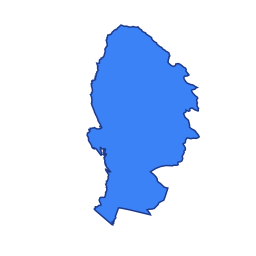 Grýtubakkahreppur, Norðurland eystra, Iceland (Robinson projection), rotated 37°
{"feature_id": "244011B60639573794911", "entity_name": "Grýtubakkahreppur", "entity_type": "district", "adm_level": 2, "iso_a3": "ISL", "parent_name": "Iceland", "parent_adm1": "Norðurland eystra", "projection": "robinson", "projection_center": [-18.134, 65.987], "detail": "fine", "context": "isolated", "style": "filled", "palette": "blue", "viewbox_px": 256, "rotation_deg": 37, "n_neighbors": 0, "source": "geoboundaries", "source_scale": "gbopen_adm2", "svg_char_len": 5797}
<svg xmlns="http://www.w3.org/2000/svg" viewBox="0 0 256 256"><g transform="rotate(37 128 128)"><path d="M151.1,213.4L173.4,214.8L174.2,214.5L173.9,213.8L173.3,213.5L173.3,213.3L173.5,213.0L173.2,213.0L173.4,212.8L172.7,212.7L172.9,212.6L172.7,212.6L172.6,212.2L172.4,212.2L172.9,212.0L173.0,211.8L172.8,211.7L173.1,211.6L173.0,211.3L173.0,210.7L172.4,210.2L172.2,209.6L172.4,207.8L172.2,207.0L171.1,206.1L168.5,197.5L170.5,196.2L177.6,192.8L198.2,183.8L196.5,182.9L192.4,181.9L193.7,180.2L195.9,178.3L197.3,176.6L198.1,171.1L197.7,170.0L197.8,168.6L200.0,164.1L199.2,161.2L196.0,152.0L193.3,153.2L191.9,153.4L187.2,152.8L185.0,153.0L183.2,152.5L181.8,151.0L179.7,150.2L176.9,149.7L172.2,149.5L174.5,143.6L177.2,139.2L180.8,135.2L186.4,131.3L186.9,130.1L188.9,128.8L189.6,128.1L190.1,127.2L189.9,126.8L188.6,125.7L188.5,125.3L188.8,124.7L190.1,123.6L190.8,121.9L190.5,120.5L190.1,119.6L189.5,118.8L188.5,118.4L188.3,117.8L187.7,114.0L186.9,113.2L186.6,112.6L186.9,111.1L186.7,110.5L185.9,109.6L185.0,109.0L181.6,107.7L181.4,107.4L182.5,105.6L182.5,105.1L181.2,102.8L181.1,100.8L181.1,100.4L181.5,100.1L184.7,98.7L186.1,97.0L189.0,95.0L189.7,93.7L190.2,92.2L188.3,91.3L183.5,90.0L182.5,89.9L178.6,90.5L176.4,90.2L176.1,89.4L175.5,88.7L171.6,85.5L167.0,85.1L163.7,83.0L163.6,82.7L164.3,81.1L164.5,80.1L164.4,79.8L163.5,78.8L166.4,78.1L167.0,76.9L166.0,75.9L165.9,75.3L166.0,74.9L167.1,73.5L170.6,73.2L173.6,72.3L173.8,72.0L173.6,71.7L172.5,70.5L172.6,70.0L170.1,69.0L169.6,68.6L169.0,67.6L168.3,67.1L168.4,66.2L167.4,65.7L166.2,64.7L165.7,63.5L165.8,62.4L165.0,61.7L161.8,61.7L158.3,61.0L156.4,60.1L156.0,59.6L156.3,58.8L158.0,56.9L158.1,56.5L158.0,55.5L158.9,54.0L156.7,54.4L153.8,54.6L151.8,55.6L148.5,56.5L146.9,56.4L144.3,55.6L142.6,54.6L142.0,53.6L142.2,52.3L143.5,51.3L144.1,50.5L144.2,50.0L144.8,49.4L144.6,49.0L144.2,49.2L143.7,49.0L143.8,48.6L140.0,47.7L139.7,47.4L139.5,46.5L138.7,45.9L137.7,45.6L135.5,46.0L133.7,45.7L130.4,45.9L128.8,46.7L128.5,47.0L128.5,47.4L127.7,47.9L127.8,48.6L128.1,49.1L128.1,50.1L127.9,50.6L126.7,51.7L125.5,52.0L122.8,52.0L121.1,51.7L120.1,51.2L119.9,50.3L119.0,49.2L119.0,48.5L118.7,47.6L118.1,47.2L118.2,46.8L117.9,46.5L118.1,45.5L117.6,44.9L116.7,44.6L116.0,43.8L115.5,43.5L113.7,43.5L112.7,43.8L110.0,43.7L108.5,44.0L106.8,43.5L105.6,43.5L104.5,43.9L100.5,43.6L99.5,42.8L98.1,43.1L95.5,43.1L93.9,42.8L93.0,42.3L92.8,41.8L92.1,41.6L86.7,42.0L85.3,41.9L84.9,41.5L84.0,41.6L82.6,42.1L81.2,42.1L80.2,41.9L79.8,41.5L78.3,41.7L76.6,41.6L75.4,41.2L74.7,41.6L74.7,42.0L73.3,43.0L70.9,43.9L70.4,44.9L68.3,46.6L65.8,47.4L63.5,49.2L61.2,49.7L60.3,50.2L60.1,52.1L59.6,54.0L59.5,55.5L59.7,56.2L59.1,56.5L58.7,57.0L58.6,57.5L58.3,58.0L58.3,58.5L58.1,58.7L58.2,59.1L57.7,61.1L58.2,63.1L57.4,63.9L57.3,64.2L57.5,64.4L57.2,64.9L56.0,65.7L56.3,66.8L56.9,67.8L56.8,68.7L57.7,69.4L57.7,71.0L59.1,71.9L59.8,72.7L60.5,73.0L60.9,73.8L61.8,74.5L62.1,75.3L61.8,75.8L62.0,76.2L61.8,76.8L62.0,77.5L62.0,78.5L62.2,79.1L62.7,79.4L64.0,81.0L64.1,81.5L64.8,83.0L64.9,83.8L65.5,84.8L65.5,86.7L65.2,86.9L65.0,88.0L64.7,88.2L65.2,88.6L65.2,88.9L64.6,89.6L64.3,90.9L64.9,91.6L65.0,92.1L66.1,93.2L65.6,94.1L64.7,94.7L64.7,95.0L64.2,95.1L66.0,96.4L66.8,96.6L67.2,97.3L67.0,97.7L67.7,98.4L67.8,98.6L68.3,99.2L69.4,99.7L69.5,100.8L69.4,102.2L70.1,102.8L69.9,104.1L71.2,105.4L71.0,105.7L71.2,105.9L70.8,106.4L71.9,107.5L71.6,108.2L72.6,108.5L72.8,108.8L72.3,110.2L71.2,111.0L71.5,111.6L70.9,111.8L70.8,112.4L72.2,113.7L72.3,114.0L72.0,114.7L72.6,115.0L72.6,115.5L73.0,115.9L73.3,115.9L73.9,116.8L75.2,117.6L75.9,118.4L77.0,119.3L77.5,120.4L77.8,120.8L77.7,121.9L78.4,122.4L78.3,122.9L77.9,123.8L78.3,123.9L79.5,124.8L80.4,125.1L81.1,126.3L82.3,127.1L82.6,127.9L83.3,128.6L83.4,129.0L83.9,129.3L83.8,130.2L86.3,132.1L88.2,133.0L88.9,133.7L90.4,134.4L92.2,135.8L93.3,136.2L94.6,137.1L95.8,137.4L97.5,138.6L98.6,139.1L99.7,140.2L103.1,141.5L104.4,142.2L104.9,142.8L104.5,143.6L104.7,143.9L104.9,143.8L104.7,143.6L105.2,143.0L105.9,143.1L105.7,143.3L105.3,143.3L105.8,143.4L106.0,143.1L106.6,143.3L106.8,144.2L106.5,144.9L105.1,146.4L104.7,146.3L105.0,146.4L104.9,146.6L103.7,147.4L101.0,147.9L101.1,148.2L100.0,149.0L99.1,150.2L98.2,150.9L98.5,151.1L98.7,151.7L97.7,152.4L97.7,152.8L98.4,153.3L99.5,153.5L99.4,154.9L98.8,156.2L99.0,156.4L98.8,156.6L99.0,157.0L99.8,158.5L102.4,159.6L103.5,161.2L104.4,161.9L108.5,163.4L111.2,165.2L112.3,165.3L113.3,165.0L112.7,164.5L113.3,164.1L115.4,163.9L122.8,166.0L123.3,164.8L122.6,164.7L122.6,164.4L122.0,164.2L120.4,162.7L118.4,161.3L117.8,160.5L117.7,160.1L118.3,160.0L118.6,160.5L119.9,160.4L120.7,159.5L121.8,159.6L121.7,158.9L122.0,158.4L122.3,158.5L122.1,158.7L122.2,158.9L123.0,158.8L123.2,159.5L123.6,159.9L122.8,160.5L122.1,160.6L122.2,161.0L123.6,161.8L126.4,161.9L126.6,162.1L126.5,162.5L126.8,162.8L126.0,163.2L126.3,163.6L125.4,163.9L123.4,163.6L126.6,164.5L127.1,165.2L126.6,165.8L126.6,166.1L127.8,166.9L128.1,167.4L129.3,167.8L129.8,169.0L130.3,169.6L130.6,169.9L131.6,169.9L132.8,171.1L133.7,171.3L133.0,171.4L134.2,172.0L137.0,172.5L137.2,172.8L137.1,173.0L137.3,173.1L139.2,173.1L140.1,173.4L139.6,173.7L139.8,174.1L139.5,174.4L138.8,174.6L136.4,174.3L135.8,174.6L135.2,174.1L134.9,174.4L135.6,175.0L140.7,177.0L141.0,177.3L141.5,179.1L142.8,180.5L143.0,182.0L143.5,182.8L142.8,183.5L144.2,185.1L144.4,185.8L144.0,186.3L146.1,187.5L146.4,188.0L146.4,188.5L147.2,188.8L148.4,190.2L148.8,191.6L148.7,191.9L149.0,192.2L148.9,193.0L149.6,193.6L149.9,194.7L150.5,195.0L150.7,196.0L150.7,196.5L151.1,197.4L148.1,199.7L147.6,200.5L148.3,202.8L149.5,203.8L151.7,204.8L152.8,205.8L152.8,206.1L152.4,206.6L151.3,207.3L151.1,208.0L151.1,209.1L150.9,209.5L149.4,210.5L149.4,211.1L150.3,211.6L150.3,212.4L149.8,212.8L150.1,213.2L151.1,213.4ZM124.2,162.5L124.7,162.6L124.5,162.4L124.2,162.5Z" fill="#3b82f6" stroke="#1e3a8a" stroke-width="1.5"/></g></svg>